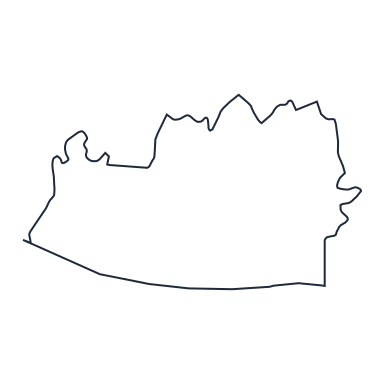 SVG path tracing the border of Escuintla
{"feature_id": "GTM-1950", "entity_name": "Escuintla", "entity_type": "Department", "adm_level": 1, "iso_a3": "GTM", "parent_name": "Guatemala", "parent_adm1": "", "projection": "albers", "projection_center": [-91.003, 14.2], "detail": "fine", "context": "isolated", "style": "outline", "palette": "slate", "viewbox_px": 384, "rotation_deg": 0, "n_neighbors": 0, "source": "natural_earth", "source_scale": "10m", "svg_char_len": 2518}
<svg xmlns="http://www.w3.org/2000/svg" viewBox="0 0 384 384"><path d="M324.7,285.9L321.2,285.4L298.6,283.2L273.4,285.7L269.6,286.8L232.3,289.2L188.8,288.4L149.0,284.0L99.8,274.2L23.0,239.9L30.7,242.9L30.3,240.1L29.2,234.9L29.5,233.4L30.3,231.5L46.1,208.1L48.8,202.3L50.4,199.7L52.1,198.0L54.1,195.3L54.5,189.9L53.8,176.4L52.6,168.4L52.4,165.7L52.6,161.6L53.2,159.3L53.7,158.2L57.1,156.1L59.7,158.0L60.8,159.5L61.6,162.1L62.1,162.9L63.0,163.1L64.3,162.8L66.6,161.4L67.7,160.5L68.4,159.5L68.3,158.6L68.0,157.8L66.4,154.8L65.8,153.2L65.2,150.2L65.0,148.1L65.1,146.0L65.8,143.2L66.5,141.6L67.0,140.9L68.1,139.7L77.4,132.9L78.9,132.1L81.6,131.2L82.8,131.7L84.3,132.8L86.4,136.1L87.0,137.8L87.0,139.1L84.6,142.6L84.3,143.4L84.1,144.2L84.1,145.2L84.4,145.9L84.8,146.8L86.4,149.0L86.7,150.1L86.8,151.1L86.1,153.9L86.0,154.9L86.1,155.9L86.4,156.9L87.1,158.0L88.5,159.3L90.1,160.3L91.4,160.9L93.5,161.2L96.7,161.1L99.4,159.5L105.3,152.9L108.9,156.4L107.2,164.5L109.3,165.0L147.3,167.8L149.3,166.5L152.2,160.8L153.7,158.6L154.2,157.3L154.5,155.4L155.4,139.3L157.6,133.6L166.8,114.6L171.3,117.9L172.2,118.7L173.7,119.5L175.2,119.7L178.1,119.4L179.6,118.9L180.8,118.5L185.1,116.0L185.9,115.7L186.8,115.4L187.8,115.3L189.3,115.8L191.0,116.9L194.2,119.8L196.1,121.1L197.9,121.9L200.3,121.7L201.5,121.3L202.4,120.7L204.0,118.8L205.3,117.8L206.1,117.6L207.0,118.1L207.8,119.5L208.4,124.9L208.5,127.6L208.7,128.7L209.2,129.7L210.1,130.6L212.4,129.4L218.6,116.8L220.5,111.9L221.0,111.1L223.2,108.2L230.0,101.7L238.7,94.8L248.3,103.1L250.9,105.9L251.3,106.7L251.5,107.7L254.0,113.0L258.0,119.7L260.1,122.1L261.6,123.1L270.2,115.7L272.4,113.2L272.9,112.5L274.5,109.6L276.1,107.6L276.8,106.9L277.4,106.4L280.2,104.8L285.0,104.8L286.9,103.7L288.5,101.2L290.6,100.5L291.9,101.4L292.4,102.1L296.0,110.0L316.9,101.6L321.1,114.1L325.9,118.4L328.5,119.3L332.8,119.1L333.7,119.3L334.5,119.6L335.9,124.1L338.1,141.4L337.9,152.5L338.9,156.5L342.9,165.8L344.9,173.0L340.1,177.7L338.1,181.5L337.1,185.1L337.2,186.7L337.6,187.8L338.4,188.1L339.8,188.6L344.2,189.4L346.3,189.5L348.4,189.5L349.3,189.3L354.4,187.4L355.6,187.3L357.1,187.6L360.0,189.0L360.8,190.1L361.0,191.1L356.9,196.3L351.6,201.3L349.6,202.6L348.7,203.0L342.7,204.0L340.5,205.0L340.6,209.7L341.7,211.9L342.3,212.6L347.1,217.0L347.7,218.4L347.8,219.4L347.4,220.2L346.4,221.5L345.2,222.6L340.9,225.1L339.3,226.8L336.8,231.5L335.8,234.8L335.1,235.3L334.1,235.8L330.4,236.4L326.8,237.3L325.4,238.8L324.7,240.4L324.7,282.2L324.7,285.9Z" fill="none" stroke="#1e293b" stroke-width="2"/></svg>